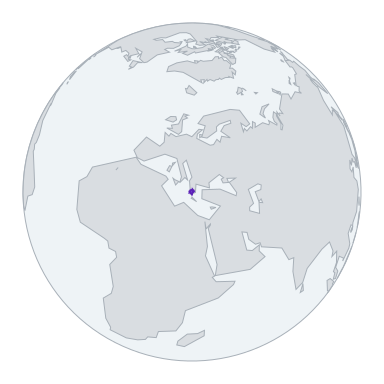 the Earth from above Peloponnisos, rotated 27°
{"feature_id": "GRC-2885", "entity_name": "Peloponnisos", "entity_type": "Region", "adm_level": 1, "iso_a3": "GRC", "parent_name": "Greece", "parent_adm1": "", "projection": "orthographic", "projection_center": [22.642, 37.277], "detail": "fine", "context": "on_globe", "style": "filled", "palette": "violet", "viewbox_px": 384, "rotation_deg": 27, "n_neighbors": 0, "source": "natural_earth", "source_scale": "10m", "svg_char_len": 12102}
<svg xmlns="http://www.w3.org/2000/svg" viewBox="0 0 384 384"><g transform="rotate(27 192 192)"><circle cx="192" cy="192" r="169" fill="#eef3f6" stroke="#a8b0b8"/><path d="M130.8,34.5L131.2,34.4L127.4,35.9L130.8,34.5ZM126.5,36.2L129.2,35.2L135.4,32.9L138.8,31.7L156.7,28.2L177.4,25.5L183.5,24.4L182.5,25.3L193.8,23.3L204.7,23.6L192.6,23.6L191.5,24.0L199.1,24.1L199.6,24.6L203.6,25.1L203.5,25.8L196.4,26.2L196.3,26.9L201.6,27.0L205.0,28.1L197.2,27.8L202.2,29.8L191.3,31.9L170.3,32.1L164.4,35.4L143.3,41.8L145.5,42.4L138.8,45.8L138.7,48.0L134.8,49.0L138.2,49.9L141.7,48.6L144.4,48.7L144.7,50.0L139.8,51.3L138.9,50.9L137.6,52.0L135.0,52.1L136.5,52.8L130.5,54.5L136.8,54.8L132.3,57.8L128.2,58.5L128.2,55.8L118.7,52.0L114.6,52.6L108.8,55.7L98.7,66.6L94.3,68.6L88.7,73.3L91.3,73.1L96.6,69.5L100.0,70.8L106.1,66.7L108.4,66.8L114.9,64.1L114.3,67.5L110.3,72.4L104.9,75.0L103.0,77.4L108.5,77.6L98.8,85.6L93.0,96.6L90.5,98.6L84.8,97.0L83.9,89.8L76.6,89.4L81.8,92.9L75.3,98.5L74.4,100.9L75.0,102.7L77.6,102.0L75.5,104.8L69.6,102.0L71.4,99.3L73.3,100.1L72.8,97.0L68.8,95.9L65.9,99.2L62.9,95.3L60.8,97.7L59.0,98.5L62.6,94.7L56.0,101.7L52.1,100.8L43.1,113.9L51.5,99.9L54.2,95.2L56.8,91.0L55.2,92.9L59.6,87.1L67.5,77.8L76.0,69.2L85.1,61.2L94.7,53.8L104.9,47.2L115.5,41.3L126.5,36.2ZM27.5,153.5L27.6,153.0L27.5,155.4L25.6,163.2L27.0,159.2L25.9,165.9L26.7,176.6L26.2,177.5L26.6,196.1L30.1,210.3L30.8,218.5L30.1,220.8L32.0,225.4L32.1,227.8L42.2,245.7L49.6,259.0L50.8,266.9L47.6,270.2L51.6,284.5L48.0,280.4L42.1,270.0L37.0,259.2L32.6,248.0L29.0,236.6L26.3,224.9L24.4,213.1L23.3,201.1L23.1,189.1L23.7,177.2L25.2,165.3L27.5,153.5ZM40.7,117.6L34.6,134.0L35.7,129.0L35.9,128.9L38.0,123.8L41.0,116.7L42.6,113.1L40.7,117.6ZM43.4,115.2L44.3,113.0L43.8,114.7L43.4,115.2ZM140.2,31.3L135.4,32.9L129.7,35.0L133.5,33.5L140.2,31.3ZM151.3,28.3L149.2,29.0L146.3,29.5L148.4,28.9L151.3,28.3ZM187.7,23.7L183.8,23.9L187.4,23.6L187.7,23.7ZM204.1,25.0L205.1,24.9L206.7,25.3L204.1,25.0ZM114.8,62.5L114.8,63.3L113.6,63.3L114.8,62.5ZM117.5,60.6L116.0,60.2L117.1,59.2L118.0,59.5L117.5,60.6ZM208.2,26.8L210.5,27.6L206.9,26.8L208.2,26.8ZM119.1,61.5L119.2,57.7L121.2,56.1L126.2,56.1L119.1,61.5ZM211.1,28.1L216.9,30.5L219.5,30.2L215.3,32.6L211.8,29.6L206.9,28.5L210.4,28.7L211.1,28.1ZM142.7,47.7L138.9,49.1L141.8,46.8L142.7,47.7ZM143.9,46.3L149.0,40.0L154.8,38.8L151.9,41.0L159.1,38.9L159.4,41.4L155.5,43.2L151.8,43.3L154.8,44.2L143.9,46.3ZM212.1,33.8L212.5,34.6L210.8,33.8L212.1,33.8ZM145.7,48.6L146.2,47.3L151.2,46.2L151.1,48.6L149.5,48.2L145.7,48.6ZM160.9,37.3L164.6,37.1L165.9,39.0L167.5,39.2L159.9,41.4L160.9,37.3ZM148.5,49.1L150.9,49.9L148.8,51.7L145.5,49.8L148.5,49.1ZM152.6,44.9L154.9,44.6L153.6,45.5L152.6,44.9ZM142.7,58.9L143.2,57.1L145.9,56.3L142.7,58.9ZM151.9,50.1L152.6,49.5L153.7,49.1L154.8,50.0L151.9,50.1ZM161.4,42.7L161.1,43.7L164.5,41.9L165.6,43.5L160.4,44.8L163.1,44.9L163.4,45.4L158.8,45.9L161.4,42.7ZM159.3,49.8L153.0,52.3L151.5,55.7L149.1,56.4L152.0,50.9L159.3,49.8ZM159.4,47.4L158.8,49.0L156.1,49.0L154.9,47.9L159.4,47.4ZM168.2,44.2L167.9,41.4L169.0,41.2L168.2,44.2ZM159.4,50.7L160.9,50.1L159.6,50.9L159.4,50.7ZM166.1,46.1L165.8,45.1L167.1,44.9L166.1,46.1ZM164.1,49.8L162.1,50.6L161.2,49.8L164.1,49.8ZM165.5,48.1L167.3,48.2L162.1,49.1L165.1,47.7L165.5,48.1ZM167.4,46.1L168.1,45.7L167.3,46.6L167.4,46.1ZM168.7,52.5L162.3,53.9L160.3,52.1L166.8,51.0L168.7,52.5ZM97.3,259.8L86.4,233.3L91.4,226.0L92.0,215.0L126.4,186.4L134.0,190.5L161.5,189.7L165.0,191.5L162.1,200.3L182.9,212.5L189.3,205.0L207.8,210.3L220.0,208.9L223.7,191.6L203.8,193.5L200.0,185.4L215.7,176.7L233.0,175.3L232.1,172.2L220.8,166.4L224.5,159.8L216.9,164.0L220.2,166.9L215.5,169.8L212.2,167.3L213.7,164.9L208.4,164.0L202.9,176.1L205.7,180.4L192.0,183.2L195.3,190.9L191.6,194.6L184.7,183.1L185.2,178.8L172.5,166.2L170.8,170.8L182.6,183.3L179.1,182.3L176.8,189.4L175.7,183.2L163.3,169.0L150.7,170.6L135.2,186.2L127.7,186.2L121.3,181.1L126.5,163.7L142.5,165.8L144.6,160.3L141.0,151.1L146.1,152.7L146.6,149.4L152.6,149.9L160.8,143.0L166.8,142.8L169.7,133.0L173.1,131.8L170.5,137.8L171.9,142.1L186.9,142.1L189.7,140.0L190.3,133.8L194.4,134.9L193.1,128.9L201.5,126.3L190.1,124.8L190.5,118.2L195.4,113.1L193.5,110.8L185.5,119.2L184.2,122.9L186.3,126.4L180.9,137.1L175.8,138.7L173.7,127.0L166.3,128.3L167.9,119.1L188.5,101.1L197.2,97.6L212.5,105.1L210.6,109.2L204.3,108.5L210.5,115.0L209.8,111.6L213.2,112.7L214.5,107.2L216.9,107.8L213.9,101.8L217.1,101.9L218.9,105.7L223.5,98.2L229.9,97.2L229.7,95.3L227.8,93.6L237.2,93.9L236.7,92.5L233.4,91.8L230.2,88.8L228.2,83.6L231.6,84.0L232.8,85.9L240.3,90.7L242.9,96.0L244.1,95.7L242.7,91.2L233.5,85.3L231.3,82.1L236.0,84.3L234.1,83.3L234.1,81.9L237.3,80.9L232.3,78.3L227.6,63.8L233.3,61.0L238.0,64.2L238.3,55.9L244.7,54.3L241.6,53.5L239.7,49.6L237.7,50.0L236.1,49.4L230.2,40.7L231.5,39.3L225.5,35.6L223.9,35.3L222.6,36.1L215.3,32.6L219.5,30.2L222.9,30.8L223.2,29.3L230.8,31.2L237.3,32.3L245.5,35.9L249.9,36.8L249.5,36.1L255.2,37.3L268.3,42.7L259.4,41.1L240.1,35.6L248.2,37.8L246.8,38.3L250.0,39.9L255.7,41.6L256.0,41.2L267.6,50.7L282.1,59.6L279.9,55.5L282.7,55.6L297.3,64.3L317.5,85.8L321.5,87.8L324.6,91.0L327.4,95.9L323.0,91.2L322.0,92.2L319.1,89.1L322.1,95.9L318.0,91.8L322.3,99.6L325.3,101.4L324.2,96.5L329.7,105.5L333.9,107.3L339.0,114.2L347.5,134.6L349.2,146.0L350.3,148.9L348.6,149.1L349.9,157.9L356.1,166.5L357.2,170.8L357.6,185.1L357.0,182.1L352.4,182.4L354.2,193.9L357.8,196.2L359.1,203.9L357.5,205.5L355.9,199.0L354.2,198.8L352.8,189.4L347.8,179.0L346.0,186.0L344.4,180.5L337.2,174.1L333.7,184.0L329.3,207.8L331.7,222.3L328.9,231.6L318.0,217.0L312.5,204.3L309.0,208.3L297.5,201.1L278.8,209.3L275.7,206.3L272.3,209.7L264.1,208.4L259.4,203.0L254.6,204.9L267.2,218.9L272.3,216.8L276.0,208.5L278.6,214.0L286.4,216.4L279.0,234.5L250.7,255.9L247.3,245.3L223.0,217.1L223.4,213.2L223.3,212.8L222.9,212.1L221.3,218.5L216.9,212.5L230.5,233.6L233.0,242.8L250.3,256.7L248.8,258.8L254.2,261.0L270.8,252.0L271.0,255.6L263.5,274.5L240.0,300.7L242.8,312.8L240.7,323.1L225.4,331.6L226.2,338.0L218.3,341.2L217.4,344.5L210.7,348.4L199.7,351.8L181.6,351.9L180.9,349.4L172.5,343.6L161.1,326.8L166.1,318.9L164.7,311.9L151.6,293.9L154.5,284.4L150.9,279.7L143.5,279.7L139.2,273.9L134.7,273.0L106.2,269.6L97.3,259.8ZM115.1,203.7L114.2,207.0L115.1,203.7ZM251.9,182.5L261.9,180.4L256.4,170.8L259.8,169.4L256.7,166.8L256.0,170.2L248.2,163.0L252.2,158.6L250.5,154.3L247.0,154.8L241.0,164.1L252.0,174.2L250.2,179.3L251.9,182.5ZM26.8,176.8L26.7,179.7L26.4,177.9L26.8,176.8ZM34.6,131.2L33.9,133.5L33.1,135.7L33.4,134.4L34.6,131.2ZM31.8,149.7L31.6,152.9L31.3,150.9L31.8,149.7ZM34.0,136.4L31.9,147.5L31.3,144.5L32.9,137.7L32.5,140.6L34.0,136.4ZM41.2,118.2L40.5,120.1L39.9,121.0L41.2,118.2ZM43.0,116.5L43.1,116.1L44.0,114.4L43.0,116.5ZM75.6,98.6L76.0,98.9L76.1,101.1L74.9,100.9L75.6,98.6ZM83.2,107.2L79.6,111.6L81.4,108.1L79.0,108.3L79.8,101.7L89.2,99.2L84.8,101.4L83.2,107.2ZM83.5,92.7L81.9,96.9L83.2,92.5L83.5,92.7ZM143.4,132.2L145.5,134.7L143.4,138.3L135.7,139.6L138.7,134.4L143.4,132.2ZM149.1,137.5L149.2,126.1L153.9,125.2L151.2,127.6L154.4,128.1L150.9,132.1L155.4,142.9L153.8,146.8L140.5,146.4L145.7,144.2L143.3,141.8L149.1,137.5ZM140.9,102.3L141.0,98.4L151.2,101.3L150.0,104.7L142.2,106.0L139.2,102.7L140.9,102.3ZM127.8,62.5L127.2,61.5L128.5,61.0L130.2,61.5L127.8,62.5ZM142.7,58.1L132.0,66.6L130.7,65.8L125.9,72.2L120.7,72.7L124.0,68.5L116.4,73.9L117.3,70.3L112.5,74.4L120.4,64.8L120.8,62.0L122.3,64.8L127.0,64.3L129.2,63.3L135.8,58.5L139.2,52.9L144.5,51.8L147.3,52.7L147.3,53.8L143.9,54.1L146.3,55.5L141.4,56.8L142.7,58.1ZM177.3,68.0L173.3,66.9L177.4,71.8L172.5,72.4L173.2,72.9L169.8,74.9L167.0,78.4L164.7,78.1L164.6,79.6L162.3,81.1L161.4,83.2L157.0,83.6L155.5,86.2L154.2,84.9L152.9,89.4L151.9,86.3L148.9,88.2L151.4,90.2L129.8,89.4L121.5,92.1L115.0,96.2L114.2,90.9L119.8,83.9L128.3,77.3L136.4,75.7L134.6,73.8L137.9,72.6L138.0,74.6L139.9,70.8L142.7,70.4L150.2,65.7L151.3,61.0L154.1,59.4L155.1,61.0L157.2,58.3L160.9,60.4L163.0,59.3L168.8,60.6L169.4,64.7L171.7,63.3L176.2,64.4L177.3,68.0ZM170.3,53.0L172.2,57.3L170.4,59.9L161.1,56.7L158.7,57.4L152.7,55.9L155.4,52.3L156.9,53.0L158.9,52.9L157.3,54.0L160.1,53.1L162.2,54.1L165.0,53.7L164.9,55.2L170.3,53.0ZM168.8,188.3L171.4,188.8L175.5,188.6L174.2,193.2L168.8,188.3ZM160.1,178.7L162.5,178.3L162.6,184.4L159.8,184.0L160.1,178.7ZM163.7,173.1L162.6,177.8L161.5,175.1L163.7,173.1ZM172.7,137.2L175.2,136.5L175.5,138.0L174.2,140.1L172.7,137.2ZM188.3,84.3L186.3,82.9L187.0,82.2L185.6,77.7L189.1,77.2L191.4,79.6L188.3,84.3ZM220.4,194.9L217.0,198.6L215.1,197.2L216.6,196.2L220.4,194.9ZM194.5,196.6L200.5,198.5L194.1,197.9L194.5,196.6ZM191.9,83.0L190.9,81.2L193.3,82.1L191.9,83.0ZM191.6,76.6L194.4,77.2L189.4,76.6L191.6,76.6ZM268.1,314.6L255.4,333.2L247.9,335.2L247.1,331.3L252.3,320.8L261.3,315.6L265.9,309.6L268.1,314.6ZM358.8,219.2L358.4,220.9L359.0,217.5L359.4,214.7L358.8,219.2ZM358.9,217.8L357.5,218.5L352.5,209.5L354.4,206.4L359.0,207.4L358.8,210.0L359.6,210.8L358.9,217.8ZM360.6,203.0L360.6,197.6L360.6,192.6L360.8,190.3L359.2,167.8L360.8,185.4L360.6,203.0ZM332.4,223.2L335.9,229.2L334.1,232.4L332.4,223.2ZM356.8,155.0L358.6,164.4L356.5,153.5L356.8,155.0ZM354.5,146.0L355.3,148.6L354.8,147.4L354.5,146.0ZM351.9,152.8L351.8,156.1L351.0,154.2L350.6,149.0L351.9,152.8ZM342.9,120.3L346.0,125.9L347.1,128.3L345.6,126.1L342.9,120.3ZM220.7,78.5L218.8,85.0L219.7,89.9L223.9,92.8L217.1,91.8L215.7,84.2L220.7,78.5ZM226.4,65.4L222.7,63.3L224.8,62.7L225.9,63.1L226.4,65.4ZM223.8,65.3L218.4,65.7L216.6,63.6L221.3,63.6L223.8,65.3ZM205.2,73.8L204.4,75.7L202.4,74.9L205.2,73.8ZM354.0,144.1L354.5,146.0L350.6,135.7L350.0,133.2L353.2,141.7L353.6,142.5L354.0,144.1ZM325.3,89.4L323.3,87.3L321.6,84.8L323.5,86.9L325.3,89.4ZM314.4,75.8L320.6,83.5L325.1,90.3L325.5,90.1L329.7,95.5L327.2,93.5L321.4,85.6L318.5,81.3L314.7,77.3L310.5,72.6L306.1,69.0L303.2,66.2L306.3,68.3L314.4,75.8ZM304.3,67.7L295.2,60.9L293.6,58.5L295.3,59.4L300.1,63.4L300.7,64.4L304.3,67.7ZM292.5,58.7L292.9,59.7L280.3,54.5L277.2,52.9L286.0,55.0L286.9,56.2L290.3,58.1L292.5,58.7ZM214.2,34.5L212.6,34.5L213.4,34.0L214.2,34.5ZM235.0,49.8L232.9,48.9L233.8,48.1L235.0,49.8ZM227.7,46.1L228.1,47.6L226.2,45.8L227.7,46.1ZM229.2,51.1L227.6,48.1L231.2,51.3L229.2,51.1Z" fill="#d9dde1" stroke="#a8b0b8" stroke-width="1"/><path d="M193.2,190.0L192.9,190.1L192.8,190.3L193.0,190.3L193.3,190.4L193.2,190.5L193.3,190.5L193.2,190.5L193.2,190.8L193.2,191.0L193.3,191.0L193.2,191.2L193.2,191.3L193.3,191.3L193.5,191.4L193.6,191.5L193.8,191.5L193.6,191.6L193.4,191.7L193.4,191.8L193.5,191.8L193.3,191.8L193.2,191.9L193.0,191.7L192.9,191.5L193.0,191.4L192.9,191.4L192.8,191.5L192.8,191.4L192.7,191.3L192.7,191.2L192.7,191.3L192.6,191.2L192.5,191.3L192.4,191.2L192.2,191.1L192.2,191.3L192.3,191.4L192.3,191.5L192.4,191.8L192.5,192.0L192.6,192.3L192.6,192.5L192.7,192.4L192.7,192.5L192.8,192.5L192.7,192.5L192.8,192.5L192.7,192.5L192.8,192.5L192.8,192.8L192.9,193.0L193.0,193.2L193.0,193.3L193.1,193.5L192.9,193.6L193.0,193.7L192.9,193.8L193.0,193.9L193.0,194.0L193.2,194.3L193.3,194.4L193.3,194.5L193.2,194.4L193.2,194.5L193.0,194.4L193.0,194.2L192.9,194.2L192.7,194.0L192.6,193.9L192.5,193.7L192.5,193.8L192.4,193.8L192.4,193.7L192.3,193.4L192.2,193.4L191.8,193.5L191.7,193.7L191.8,193.7L191.8,193.8L191.7,193.8L191.7,194.0L191.7,193.9L191.6,194.0L191.6,194.3L191.7,194.5L191.6,194.4L191.4,194.3L191.3,194.2L191.4,193.9L191.4,193.7L191.2,193.5L191.2,193.4L191.0,193.1L190.9,193.1L190.8,192.9L190.7,192.7L190.5,192.8L190.4,192.8L190.3,193.2L190.3,193.3L190.3,193.5L190.2,193.6L190.1,193.4L189.9,193.4L189.7,193.2L189.8,193.2L189.8,192.9L189.7,192.9L189.6,192.7L189.5,192.3L189.5,192.2L189.8,191.9L189.7,191.7L189.8,191.7L190.0,191.7L190.3,191.4L190.2,191.1L190.0,190.8L190.0,190.6L190.1,190.3L190.3,190.4L190.5,190.5L190.6,190.4L190.8,190.4L190.8,190.5L190.9,190.4L191.0,190.4L191.0,190.2L191.2,189.9L191.3,189.9L191.4,189.6L191.3,189.4L191.5,189.5L191.5,189.4L191.7,189.5L191.9,189.6L192.1,189.7L192.3,189.9L192.4,190.0L192.5,190.0L192.8,189.9L192.7,189.9L192.5,189.7L192.8,189.6L193.0,189.7L193.1,189.8L193.2,190.0ZM189.9,193.5L190.0,193.6L189.9,193.7L189.9,193.5ZM189.8,193.6L189.8,193.4L189.8,193.5L189.8,193.6Z" fill="#8b5cf6" stroke="#5b21b6" stroke-width="1.5"/></g></svg>